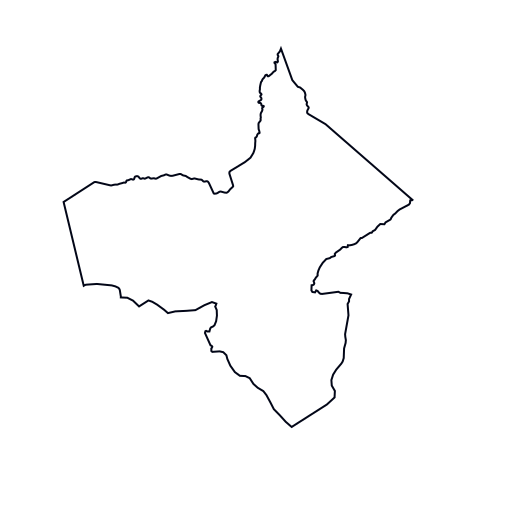 the Prefecture of Moyen-Chari, rotated 329°
{"feature_id": "TCD-5583", "entity_name": "Moyen-Chari", "entity_type": "Prefecture", "adm_level": 1, "iso_a3": "TCD", "parent_name": "Chad", "parent_adm1": "", "projection": "albers", "projection_center": [18.828, 9.32], "detail": "fine", "context": "isolated", "style": "outline", "palette": "ink", "viewbox_px": 512, "rotation_deg": 329, "n_neighbors": 0, "source": "natural_earth", "source_scale": "10m", "svg_char_len": 5321}
<svg xmlns="http://www.w3.org/2000/svg" viewBox="0 0 512 512"><g transform="rotate(329 256 256)"><path d="M419.0,288.5L418.6,288.6L416.8,287.8L415.2,290.0L413.6,290.7L403.1,290.1L400.5,290.4L397.2,291.3L395.7,291.4L394.7,291.6L391.6,292.9L391.0,293.5L389.9,294.0L384.4,293.9L382.4,294.9L379.0,292.6L375.2,293.4L371.5,295.0L368.7,294.9L367.5,295.6L366.8,295.5L366.3,295.1L365.6,294.9L356.0,295.1L354.9,294.5L350.1,296.3L348.4,296.7L346.3,296.5L343.9,295.9L341.8,295.1L340.3,294.1L339.2,295.5L337.9,295.1L336.6,293.9L335.1,293.1L333.9,293.2L331.3,293.9L326.2,294.2L324.6,294.8L324.0,296.3L323.3,296.5L319.9,295.6L318.9,295.8L318.0,295.8L314.7,294.8L309.7,296.2L304.8,298.6L302.0,300.6L300.2,302.3L299.4,303.2L299.1,304.1L298.6,304.6L296.1,305.4L294.1,306.5L293.1,306.7L292.4,307.2L292.2,308.5L291.8,309.6L290.9,310.2L289.7,310.2L288.6,309.7L285.8,314.0L285.8,315.9L287.9,317.6L289.9,316.5L290.8,317.7L291.1,319.8L291.7,321.5L293.2,322.6L308.2,329.1L309.4,331.1L311.3,332.3L315.2,335.1L317.7,338.0L313.6,340.8L312.4,342.8L311.2,343.5L309.8,344.3L304.7,354.5L292.1,368.9L290.9,371.3L289.7,374.4L288.0,376.7L283.9,380.6L278.6,388.7L275.9,391.1L273.7,392.2L266.3,394.7L261.0,397.4L256.7,401.2L254.2,406.1L254.1,412.3L250.5,417.7L240.3,419.8L198.5,420.9L196.1,413.5L194.3,404.4L192.4,396.5L192.9,389.4L193.3,380.6L192.7,375.6L189.6,369.8L187.9,364.3L187.7,357.5L185.1,353.5L180.5,350.4L178.1,344.7L177.5,336.8L178.4,329.5L179.5,325.8L178.4,321.6L175.7,319.0L171.2,316.7L169.2,315.7L168.8,314.4L169.4,313.4L170.1,312.2L170.8,312.0L171.8,311.3L171.8,310.5L171.6,309.9L171.0,309.2L172.6,295.7L173.9,294.4L174.7,294.5L175.4,295.6L177.2,296.7L179.5,294.5L180.9,294.0L182.6,294.3L184.7,294.0L188.2,291.4L191.8,287.0L194.5,282.1L195.0,278.3L196.0,277.7L197.5,276.4L194.5,272.8L186.5,271.6L176.2,271.2L167.8,267.0L158.3,261.9L151.1,259.6L149.6,254.9L146.2,246.8L143.5,241.8L140.9,238.7L129.8,239.0L127.6,230.9L124.2,225.5L118.8,221.9L119.2,221.3L121.7,215.1L121.9,213.5L121.6,212.3L119.8,209.6L117.2,206.9L105.2,198.0L96.0,193.3L95.3,193.0L94.4,192.8L93.0,192.8L118.9,110.6L155.5,109.4L156.4,109.8L157.3,110.5L167.7,120.6L168.5,121.1L169.3,121.3L170.7,121.7L171.9,122.2L173.6,123.2L174.3,123.5L176.2,123.8L179.2,124.7L180.3,124.9L180.9,125.2L181.4,125.6L181.9,125.9L182.5,125.8L183.6,124.9L184.2,124.7L184.9,125.0L185.8,125.3L188.3,125.6L189.0,126.1L189.8,127.1L190.4,127.4L191.0,127.3L191.7,126.8L192.2,126.3L192.7,125.9L193.4,125.7L194.5,126.0L195.2,126.3L195.7,126.8L196.1,127.4L196.2,128.1L196.4,129.5L196.7,130.2L197.2,130.6L198.0,130.8L199.0,131.0L199.6,131.5L200.4,132.4L201.2,132.6L203.6,132.8L204.4,133.1L204.8,133.5L205.3,134.8L205.6,135.3L206.1,135.7L208.6,136.8L209.1,137.4L209.6,137.9L210.1,138.2L210.9,138.4L216.0,138.6L218.6,139.4L219.9,139.5L220.8,139.7L221.4,140.1L222.9,142.1L223.7,143.0L224.7,143.7L225.9,144.3L232.7,146.3L233.2,146.6L233.7,147.0L234.0,147.5L234.9,149.2L235.8,150.1L236.7,150.9L237.1,151.4L237.9,153.1L239.6,156.0L240.3,156.8L240.9,157.1L241.6,157.3L242.3,157.5L243.0,157.7L243.5,158.1L246.1,160.7L246.6,161.1L248.2,162.2L248.6,162.6L248.9,163.3L249.2,164.6L249.5,165.2L250.0,165.6L250.6,165.9L251.9,166.3L252.5,166.7L252.9,167.1L253.1,167.7L253.2,168.4L253.2,169.5L252.0,180.5L252.1,180.8L252.3,181.1L252.7,181.3L253.9,181.9L254.7,182.1L255.6,182.2L257.0,182.1L258.0,182.2L258.7,182.4L259.2,182.8L261.8,185.5L263.3,186.6L264.2,186.7L265.6,186.5L268.2,185.5L271.6,184.8L272.4,184.4L272.8,183.4L275.6,171.7L276.4,170.4L277.9,169.9L295.0,169.8L301.9,168.9L306.7,166.4L308.2,165.2L310.1,163.5L312.0,161.1L313.6,158.6L314.3,157.7L315.2,156.2L315.7,155.0L316.0,154.5L316.4,154.2L317.0,154.3L317.6,154.2L318.4,153.8L319.7,152.6L320.7,152.2L321.4,152.1L321.8,152.4L322.1,152.4L322.5,152.3L323.1,150.8L323.6,148.6L325.8,144.6L326.2,144.0L326.8,143.4L328.0,142.9L328.9,142.6L329.6,142.3L330.1,141.8L330.5,140.8L331.5,139.7L332.1,138.3L332.6,137.4L333.2,136.6L334.0,135.9L335.6,135.0L336.4,134.4L337.0,133.7L337.2,132.9L337.4,132.4L338.2,132.1L338.9,132.1L339.5,131.9L339.8,131.6L339.5,131.0L338.4,130.2L338.3,129.8L338.5,129.1L338.8,128.4L338.8,127.6L338.6,127.1L338.1,126.7L337.5,126.4L337.2,125.9L337.2,125.4L337.6,124.9L338.7,124.8L340.3,124.9L341.0,124.7L341.5,124.3L341.9,123.5L341.9,122.8L341.8,122.1L341.8,121.5L342.1,121.1L342.7,120.7L343.5,120.6L344.0,120.2L344.0,119.4L343.5,118.2L343.6,117.4L344.1,116.4L345.4,114.9L345.9,113.9L347.3,112.2L349.3,110.1L350.1,109.4L351.2,109.0L352.3,108.1L353.2,107.7L354.5,107.4L355.4,107.0L356.5,106.3L357.2,105.9L358.1,106.0L358.4,106.1L358.6,106.2L358.7,106.7L358.6,107.3L358.6,107.9L359.1,108.3L360.0,108.4L361.8,108.1L363.1,108.0L366.1,107.1L367.1,107.2L367.9,107.1L368.7,106.8L371.5,101.8L371.5,101.1L371.3,100.4L371.3,99.9L371.6,99.5L372.6,99.6L373.1,100.0L373.5,100.6L373.9,101.0L374.4,100.9L375.0,100.5L375.8,98.5L376.3,97.8L376.9,97.2L377.9,96.5L378.2,95.7L378.1,95.1L378.2,94.6L378.7,94.0L381.9,92.9L384.2,91.1L377.7,124.0L379.0,132.5L380.6,134.3L381.8,137.7L382.2,139.5L382.1,141.0L381.7,142.4L381.4,143.3L381.0,143.9L380.1,144.8L379.8,145.3L379.5,146.0L378.9,147.8L378.8,148.7L379.0,149.9L378.8,150.7L378.2,151.3L377.5,152.1L377.3,153.0L377.4,153.9L377.7,155.1L377.6,155.9L377.2,156.4L375.0,157.7L374.6,158.1L374.2,158.6L373.8,159.2L373.6,160.1L374.1,161.5L383.5,178.8L419.0,288.5L419.0,288.5Z" fill="none" stroke="#020617" stroke-width="2"/></g></svg>